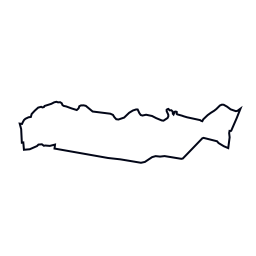 the border of Togo, rotated 100°
{"feature_id": "TGO", "entity_name": "Togo", "entity_type": "country or territory", "adm_level": 0, "iso_a3": "TGO", "parent_name": "Africa", "parent_adm1": "", "projection": "mercator", "projection_center": [0.728, 8.603], "detail": "fine", "context": "isolated", "style": "outline", "palette": "ink", "viewbox_px": 256, "rotation_deg": 100, "n_neighbors": 0, "source": "natural_earth", "source_scale": "50m", "svg_char_len": 1652}
<svg xmlns="http://www.w3.org/2000/svg" viewBox="0 0 256 256"><g transform="rotate(100 128 128)"><path d="M130.4,25.8L129.3,30.5L127.1,36.2L125.6,38.0L124.6,51.9L125.3,53.1L125.8,53.4L132.8,58.1L142.0,64.3L148.5,68.7L149.1,70.1L149.2,79.2L149.3,87.1L150.6,91.5L150.9,95.9L152.5,99.2L158.5,105.5L160.0,109.2L160.1,121.2L160.2,130.2L161.0,142.5L161.0,152.8L161.0,165.8L161.0,181.0L161.0,196.8L157.0,197.0L159.2,201.9L159.6,206.4L160.1,207.8L159.0,210.0L159.9,213.3L161.6,214.5L166.0,221.1L167.5,226.7L160.4,228.6L160.9,230.0L147.7,233.0L142.5,235.4L142.4,233.1L140.5,232.6L138.2,231.8L136.7,230.6L134.7,227.8L134.0,225.6L130.9,225.3L127.1,222.8L123.5,220.0L122.2,217.2L122.6,215.9L122.0,214.5L120.8,214.0L117.5,207.7L115.5,205.1L114.6,203.0L114.9,201.4L114.4,199.3L115.1,197.6L116.8,196.5L117.4,195.2L117.5,192.6L118.5,187.0L119.2,181.6L117.3,180.1L115.0,179.7L113.9,178.2L113.4,175.6L113.5,173.4L117.9,165.7L117.0,147.9L117.7,145.1L119.7,143.3L121.4,141.1L121.3,138.9L118.4,133.6L112.8,129.5L109.9,126.2L108.3,123.2L108.1,121.7L111.5,119.3L113.0,117.7L113.2,115.9L111.8,112.5L112.0,106.4L113.4,101.9L114.7,96.0L114.6,94.3L111.3,90.8L109.5,90.3L108.0,90.6L104.6,92.9L103.3,93.1L102.6,92.4L102.2,91.5L103.4,90.1L103.0,88.4L104.0,86.9L106.2,86.3L106.8,85.5L103.9,84.8L103.5,83.8L103.7,82.8L104.6,82.6L105.5,82.6L106.0,81.9L106.5,76.9L106.8,75.2L107.2,71.7L107.7,58.4L108.3,57.0L108.4,56.0L106.4,55.4L101.5,51.8L98.6,49.0L96.1,46.2L94.0,44.3L89.9,41.4L88.7,39.6L88.5,37.8L89.8,34.1L91.8,30.2L92.7,24.7L92.1,23.2L89.4,20.6L99.1,22.6L112.8,25.9L113.1,26.5L113.2,27.5L115.5,27.5L119.5,26.3L130.4,25.8Z" fill="none" stroke="#020617" stroke-width="2"/></g></svg>